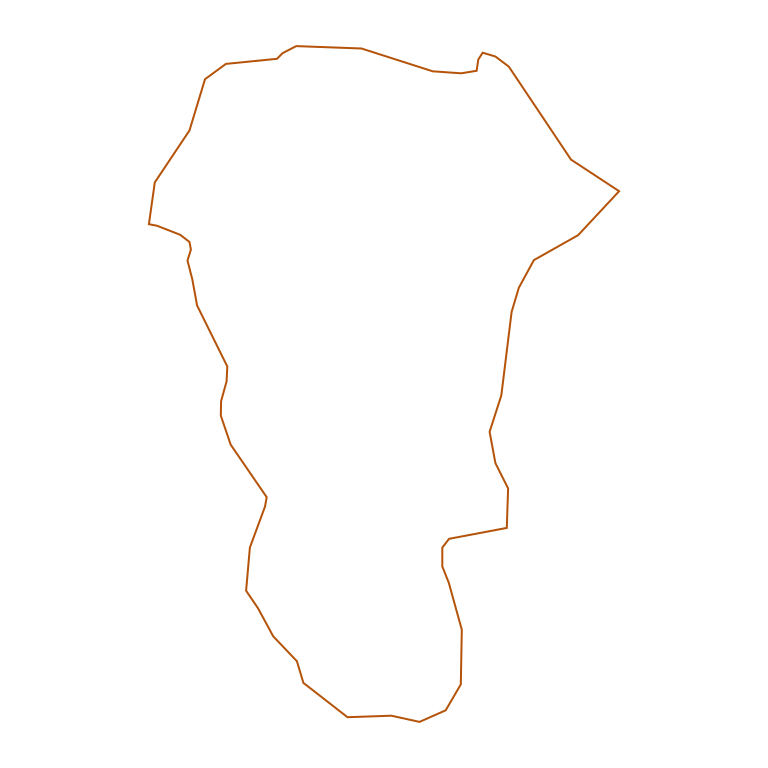 outline of Ivancna Gorica
{"feature_id": "SVN-955", "entity_name": "Ivancna Gorica", "entity_type": "Municipality", "adm_level": 1, "iso_a3": "SVN", "parent_name": "Slovenia", "parent_adm1": "", "projection": "mercator", "projection_center": [14.807, 45.902], "detail": "fine", "context": "isolated", "style": "outline", "palette": "amber", "viewbox_px": 768, "rotation_deg": 0, "n_neighbors": 0, "source": "natural_earth", "source_scale": "10m", "svg_char_len": 809}
<svg xmlns="http://www.w3.org/2000/svg" viewBox="0 0 768 768"><path d="M205.0,79.2L225.9,63.9L277.0,58.8L282.5,53.2L296.2,46.1L361.5,48.5L432.7,71.3L461.1,73.3L476.6,70.8L478.3,59.5L482.7,52.7L495.4,56.5L508.8,66.6L571.0,159.6L619.1,191.2L578.2,235.1L533.9,260.1L518.8,287.8L511.6,312.0L501.3,395.5L489.6,431.8L495.4,463.1L508.1,488.4L506.8,527.9L449.1,538.8L442.3,547.6L442.3,566.4L448.8,582.8L461.8,629.7L460.8,684.4L445.7,710.3L419.5,721.9L391.4,715.7L347.5,717.2L303.4,682.9L296.9,661.2L273.2,636.3L258.1,608.4L246.1,590.7L249.9,547.5L265.0,506.6L266.7,497.2L230.7,444.7L220.8,415.6L221.1,401.1L226.6,381.3L227.3,366.5L197.1,305.5L192.3,279.3L187.5,260.6L190.9,249.6L189.5,242.0L180.2,234.8L156.8,225.7L148.9,224.2L154.8,182.4L189.5,130.4L205.0,79.2Z" fill="none" stroke="#b45309" stroke-width="2"/></svg>